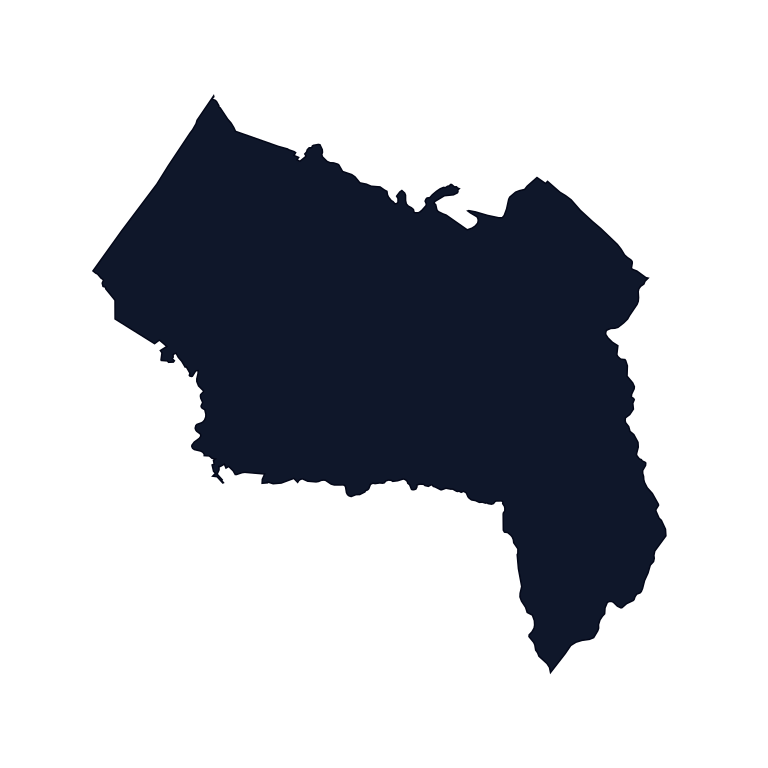 Hai Lang, Quảng Trị, Vietnam (Natural Earth projection), rotated 263°
{"feature_id": "81297802B74996211829814", "entity_name": "Hai Lang", "entity_type": "district", "adm_level": 2, "iso_a3": "VNM", "parent_name": "Vietnam", "parent_adm1": "Quảng Trị", "projection": "natural_earth1", "projection_center": [107.247, 16.684], "detail": "fine", "context": "isolated", "style": "filled", "palette": "ink", "viewbox_px": 768, "rotation_deg": 263, "n_neighbors": 0, "source": "geoboundaries", "source_scale": "gbopen_adm2", "svg_char_len": 6165}
<svg xmlns="http://www.w3.org/2000/svg" viewBox="0 0 768 768"><g transform="rotate(263 384 384)"><path d="M198.9,645.3L205.6,645.7L214.9,642.7L217.3,640.7L224.9,638.4L226.4,638.7L230.1,641.7L231.2,641.7L242.7,637.0L249.0,632.6L254.5,630.6L257.4,630.2L260.7,630.4L263.7,629.9L266.6,630.2L271.3,633.7L273.7,634.2L274.5,633.6L276.1,631.0L277.6,630.2L278.5,628.4L281.6,626.5L282.9,626.0L284.3,626.3L290.4,628.7L295.2,629.0L303.4,625.8L307.0,622.4L311.9,621.7L316.2,619.1L318.3,618.9L321.0,619.5L323.7,624.2L328.7,628.5L334.6,628.6L337.9,630.5L339.2,630.0L340.9,627.9L343.8,628.6L348.7,631.7L350.8,632.2L354.8,631.0L362.2,626.2L372.4,627.8L377.9,626.7L378.9,626.1L379.7,622.4L380.2,621.6L382.8,619.4L384.9,618.7L393.5,620.8L397.6,615.8L402.5,611.9L406.0,610.2L407.4,610.2L409.5,610.9L410.4,612.0L411.5,615.9L411.2,619.9L411.7,623.1L415.5,629.4L418.8,633.7L422.1,636.1L432.2,644.9L435.0,646.4L438.6,647.2L444.9,647.6L447.5,648.6L449.7,650.7L451.5,654.1L454.2,655.6L456.9,659.1L457.7,656.9L465.3,648.8L467.6,644.5L468.8,643.7L473.9,645.2L475.5,645.2L477.2,644.1L479.9,641.0L482.8,638.5L488.8,635.8L494.0,632.7L511.9,618.1L519.8,610.8L532.5,600.0L544.0,592.2L548.8,587.2L552.9,582.0L565.2,571.0L563.3,568.8L570.3,561.0L562.9,550.2L560.0,547.3L559.4,542.0L558.4,538.0L554.2,531.6L552.2,530.3L542.8,527.0L538.5,524.8L536.6,523.8L534.6,521.6L535.0,518.2L538.7,507.4L543.7,495.8L545.8,489.2L545.6,488.2L543.3,490.6L538.6,496.7L536.6,497.4L534.6,497.4L532.3,496.6L529.7,493.8L528.0,490.4L526.9,485.4L544.1,466.3L545.7,463.2L548.6,458.8L550.5,457.7L555.6,457.2L557.5,455.7L559.0,456.8L563.5,466.9L563.3,476.0L564.8,480.2L566.0,480.9L567.6,480.9L568.7,482.5L569.6,480.8L570.9,480.0L571.1,477.9L573.8,475.4L573.9,474.3L572.7,473.1L572.5,471.0L571.7,469.6L571.5,468.7L571.9,467.0L570.9,463.5L568.9,459.6L565.9,455.0L563.4,452.2L563.4,449.4L562.4,448.2L560.5,447.1L557.7,447.9L556.1,447.6L551.9,442.9L550.3,440.4L549.8,438.9L550.2,435.6L551.0,434.7L553.6,434.5L555.6,432.7L557.7,429.7L560.1,428.1L563.5,427.8L568.8,428.4L571.0,427.8L573.9,425.3L572.7,423.1L568.9,419.4L566.4,420.5L562.6,420.0L561.7,419.0L561.4,416.9L563.9,415.2L565.3,413.5L569.1,411.2L571.4,410.5L574.9,410.4L576.4,408.2L580.1,404.1L581.9,395.3L584.5,390.9L586.6,384.6L593.1,380.5L595.8,377.5L600.0,368.8L606.9,365.9L607.8,365.0L609.6,361.0L610.2,357.5L611.9,354.6L617.0,350.6L619.3,350.2L621.5,351.2L624.2,351.3L629.3,349.6L629.8,348.0L629.5,343.0L629.0,341.9L627.3,341.0L627.6,338.5L625.9,336.4L623.7,335.4L622.0,333.4L619.9,334.3L619.4,334.1L615.3,327.7L617.2,324.9L619.3,326.9L621.8,322.5L624.4,324.5L625.6,323.1L628.3,317.7L629.0,317.1L632.7,308.1L652.9,267.4L656.8,266.2L661.7,264.0L666.0,261.1L678.0,255.1L679.3,253.8L680.4,254.0L684.8,252.2L686.2,251.0L687.6,248.2L688.8,248.8L689.8,250.1L690.7,250.0L668.6,230.6L665.3,229.2L659.7,225.0L656.6,222.0L626.9,196.5L610.1,182.9L568.2,142.5L531.7,108.9L529.2,111.3L528.0,113.1L523.6,116.0L522.0,117.8L521.0,118.1L518.5,116.6L515.1,117.0L514.0,119.4L512.4,119.4L499.9,127.2L481.3,125.0L452.0,161.2L454.7,165.9L454.7,166.7L450.8,170.3L447.7,173.0L444.5,166.1L442.0,167.4L435.1,165.6L434.5,165.8L433.3,171.8L431.8,172.8L431.4,177.6L432.6,178.8L434.8,177.0L435.3,177.0L436.2,178.0L438.6,178.2L439.3,179.0L439.9,181.4L435.5,183.1L431.2,186.0L425.0,188.7L425.2,189.8L418.4,192.7L416.3,191.8L415.5,192.3L414.9,194.0L415.1,194.8L419.7,198.5L420.1,199.4L419.9,201.2L417.1,200.7L411.9,198.8L409.3,198.5L404.7,199.7L399.2,204.0L398.3,203.8L395.8,200.7L394.4,200.3L392.2,200.4L387.7,201.8L384.8,199.9L383.7,199.7L382.2,200.5L380.3,203.0L375.6,203.5L373.1,203.1L370.1,201.5L368.5,199.7L367.8,198.3L366.7,193.4L365.7,192.2L363.2,191.2L361.4,191.5L359.8,192.4L356.9,195.5L355.6,195.9L354.3,195.6L352.6,194.1L349.5,188.6L346.7,185.9L345.4,185.6L343.5,186.2L342.0,187.8L339.8,193.8L338.5,195.7L336.5,197.0L334.8,196.8L334.0,201.3L333.5,202.2L331.2,204.2L330.1,207.5L328.9,205.4L325.2,205.7L324.6,203.5L318.0,204.2L316.0,205.9L313.4,202.7L312.3,207.0L305.4,211.9L305.6,212.6L308.2,211.0L308.7,211.7L314.9,207.4L318.8,209.8L322.3,210.2L322.0,211.0L322.3,212.0L323.9,215.8L319.8,216.9L321.1,219.8L316.2,223.7L312.3,225.3L312.1,226.5L313.3,232.4L313.3,235.1L309.2,254.6L304.2,251.6L300.3,250.9L300.1,256.1L300.6,256.1L300.4,257.7L298.5,261.8L298.2,270.0L301.3,283.0L296.9,286.3L298.5,287.6L299.3,288.9L299.9,291.3L296.8,296.4L295.1,304.6L295.2,307.2L296.0,309.9L296.0,312.2L295.6,314.1L291.1,319.3L289.8,322.4L288.8,331.1L288.2,332.6L286.3,333.3L280.8,333.5L278.6,334.3L277.2,335.7L276.3,337.7L277.6,342.7L277.2,346.4L279.2,351.9L280.3,352.6L280.9,354.8L281.9,356.1L286.0,358.3L286.9,360.8L286.2,363.0L286.3,367.6L285.7,370.6L285.9,372.3L287.5,373.9L288.1,376.6L287.5,379.4L286.3,380.8L286.3,385.8L287.4,391.7L286.4,393.6L284.5,395.2L282.6,395.5L280.8,397.2L276.2,398.4L275.7,399.0L275.4,400.7L275.8,402.8L277.7,404.1L279.8,404.5L280.2,407.3L279.6,411.1L278.2,412.3L277.0,415.6L278.1,418.2L278.0,419.4L276.3,420.5L275.6,422.2L272.1,427.4L272.0,428.4L273.0,432.8L271.6,437.1L271.3,439.4L268.8,442.8L268.3,444.1L268.6,445.3L267.1,447.4L267.8,450.0L265.9,452.4L261.8,453.6L260.3,454.6L258.3,456.7L257.1,460.6L254.9,464.2L254.7,467.3L253.4,470.1L253.4,472.0L252.6,472.7L251.6,476.1L252.0,478.1L253.8,479.9L254.2,481.2L253.6,486.6L252.3,487.7L250.8,487.2L248.0,488.6L246.0,488.8L243.3,488.4L241.4,486.7L240.2,486.4L224.4,484.6L222.3,485.5L221.5,488.6L218.5,491.4L216.6,492.6L213.7,493.4L210.6,493.4L204.1,496.8L199.6,496.2L198.4,495.4L184.3,494.9L166.2,496.0L159.7,493.6L156.1,493.0L151.8,494.0L145.1,497.3L139.8,498.3L136.5,503.1L130.8,504.4L126.3,504.1L123.4,503.2L119.9,500.6L117.4,497.5L115.6,497.1L109.3,501.1L106.7,501.9L101.4,502.1L98.5,503.7L94.9,504.6L86.8,511.6L82.6,513.7L77.3,514.1L94.3,531.0L101.7,537.5L104.3,543.0L105.4,549.3L105.5,556.8L106.7,561.2L113.0,566.1L115.5,567.3L119.0,567.6L123.5,569.6L126.9,572.5L129.0,575.0L134.8,576.1L140.1,579.1L140.7,581.4L140.3,583.7L139.4,585.1L135.0,588.6L132.9,591.9L133.0,593.0L136.4,598.0L138.7,604.9L139.5,605.9L142.2,607.2L144.6,609.2L145.5,612.8L146.7,614.1L149.5,615.7L157.2,618.7L164.2,623.0L171.7,626.2L174.9,629.9L178.0,631.0L181.0,631.0L185.2,632.4L198.9,645.3Z" fill="#0f172a" stroke="#020617" stroke-width="1.5"/></g></svg>